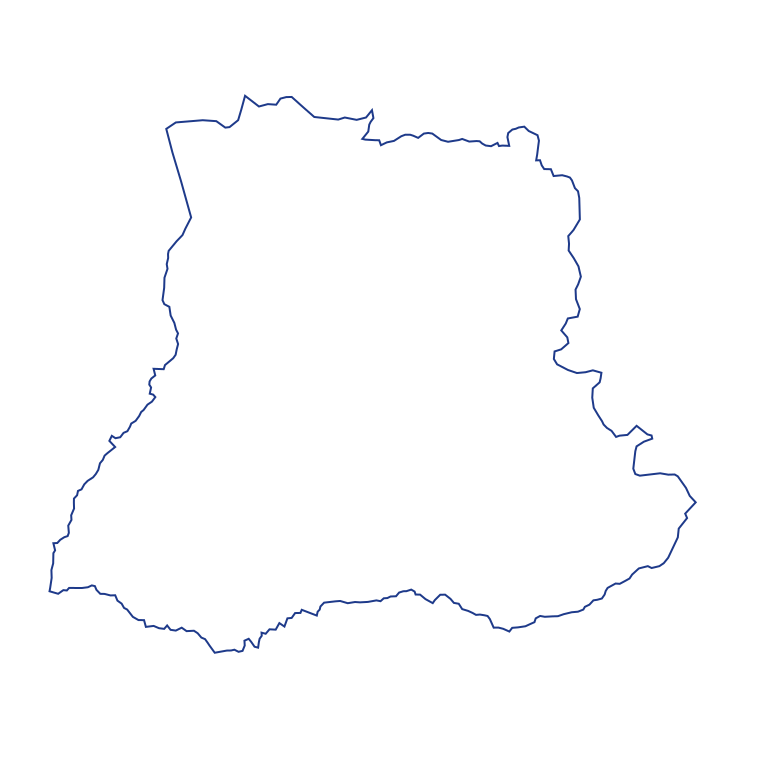 Sertânia, Pernambuco, Brazil, rotated 4°
{"feature_id": "56859067B10888923782063", "entity_name": "Sertânia", "entity_type": "district", "adm_level": 2, "iso_a3": "BRA", "parent_name": "Brazil", "parent_adm1": "Pernambuco", "projection": "mercator", "projection_center": [-37.338, -8.2], "detail": "fine", "context": "isolated", "style": "outline", "palette": "blue", "viewbox_px": 768, "rotation_deg": 4, "n_neighbors": 0, "source": "geoboundaries", "source_scale": "gbopen_adm2", "svg_char_len": 4527}
<svg xmlns="http://www.w3.org/2000/svg" viewBox="0 0 768 768"><g transform="rotate(4 384 384)"><path d="M352.9,111.7L347.5,119.4L338.3,122.4L326.3,120.9L319.9,123.4L295.8,122.5L284.4,113.8L280.0,110.4L271.9,104.1L266.5,104.6L260.8,106.5L257.0,112.9L248.6,112.9L239.9,115.9L225.3,106.2L222.5,120.2L220.1,131.0L212.0,138.5L207.8,139.3L198.4,133.5L184.8,133.5L158.1,137.6L149.0,144.7L156.8,167.8L167.4,195.9L180.0,231.3L175.0,242.9L172.6,249.5L167.1,256.1L159.9,266.2L159.5,269.4L159.9,273.4L158.9,279.6L160.0,284.2L157.6,293.3L158.0,303.4L157.2,315.8L159.3,319.7L164.5,322.0L166.4,330.6L170.6,337.7L172.8,344.3L175.0,347.9L173.6,353.1L175.8,358.5L174.8,363.9L174.1,369.4L171.9,373.0L164.2,380.4L163.2,384.6L153.1,384.9L155.2,391.4L151.5,394.8L150.0,397.8L149.9,401.0L151.9,403.7L151.0,410.0L154.5,410.7L156.8,413.0L153.7,417.8L149.5,421.1L146.0,426.7L143.7,428.9L142.0,433.0L138.8,438.1L134.6,441.1L133.6,444.3L131.3,449.0L127.6,450.9L124.6,455.5L119.9,456.8L116.1,454.7L114.0,459.9L120.2,465.6L112.9,472.3L110.3,474.9L108.8,479.3L106.2,482.9L105.0,489.6L102.8,493.9L100.3,497.4L95.1,501.3L92.0,505.0L89.6,510.2L86.2,512.0L85.6,516.4L82.7,519.9L82.9,523.9L83.5,529.9L81.1,536.8L81.7,541.4L78.9,547.3L80.0,554.5L79.0,557.8L75.8,559.1L71.9,562.0L69.2,565.4L65.3,565.9L67.5,572.9L66.0,575.8L66.5,586.0L65.2,592.8L66.0,600.6L65.2,610.7L64.8,614.1L73.6,616.0L78.5,612.0L82.0,612.1L84.1,609.4L96.8,608.6L102.8,607.4L106.6,605.3L109.7,605.8L111.5,609.4L115.6,613.1L119.9,612.9L125.9,614.0L130.6,613.5L133.2,618.7L137.6,621.4L140.3,625.5L143.5,626.9L149.7,633.8L155.5,636.6L161.1,636.3L163.4,642.9L171.1,641.4L176.6,643.3L181.8,643.6L184.5,640.0L188.2,644.1L193.5,644.5L199.2,641.2L204.3,644.3L211.6,643.4L215.5,645.6L219.5,649.7L223.3,651.0L226.2,654.5L228.2,657.1L233.9,663.9L245.7,660.9L250.0,660.5L253.3,659.5L257.6,661.3L261.5,660.1L263.3,654.6L262.7,649.8L266.8,647.6L269.5,650.5L273.2,655.1L276.8,655.8L277.2,650.2L277.7,646.8L279.6,643.7L279.2,640.6L283.4,641.4L286.9,636.7L293.1,636.6L296.3,629.8L301.6,632.9L304.0,624.5L308.2,623.8L311.3,618.7L316.6,618.2L317.7,615.0L333.1,619.7L333.7,615.8L335.6,613.5L336.1,610.4L339.5,606.3L350.7,604.2L355.4,603.5L363.1,605.2L370.3,603.5L375.3,603.5L383.2,602.5L391.5,600.4L395.7,600.9L398.7,597.8L402.3,597.3L405.4,595.5L410.8,594.9L413.6,591.0L417.7,589.4L420.8,589.1L425.5,587.2L429.0,588.9L430.2,591.8L434.7,591.6L440.4,595.7L443.4,597.1L447.9,599.2L449.8,596.0L454.8,590.3L459.7,589.9L465.3,593.7L469.0,597.5L473.9,598.0L477.7,603.1L483.8,604.5L488.3,606.2L491.9,607.9L495.8,607.3L500.3,607.7L503.5,608.2L506.0,611.1L510.4,619.4L515.1,619.0L520.0,619.9L526.3,622.2L528.9,618.3L534.8,617.4L542.0,615.8L546.9,613.1L550.7,611.1L551.7,607.2L555.9,604.5L560.7,605.0L568.6,604.0L573.7,603.5L579.3,601.1L587.2,598.6L593.4,597.6L598.6,595.1L599.9,592.3L604.3,589.8L608.0,585.2L611.7,584.4L616.3,582.8L618.8,578.6L619.6,575.0L621.3,571.8L628.9,566.9L633.1,566.9L638.2,563.7L642.5,560.9L644.8,556.8L651.1,550.2L659.9,547.3L663.8,548.9L671.4,546.5L675.6,543.2L679.6,537.5L687.8,516.5L688.1,507.7L695.7,496.6L693.5,492.3L703.2,480.3L696.8,474.3L692.5,466.6L683.5,455.6L680.3,454.0L673.9,454.6L665.7,453.8L645.6,457.6L641.0,456.3L638.6,451.1L639.4,433.5L640.3,428.6L647.3,423.4L655.4,419.8L654.5,416.7L650.3,415.9L638.9,408.1L630.4,417.8L622.6,419.1L619.2,420.6L616.8,417.8L614.3,414.9L609.5,412.3L605.9,409.1L604.1,405.9L599.9,400.3L594.9,393.1L592.7,383.1L592.6,373.8L599.0,367.3L599.7,363.1L600.1,357.6L591.4,355.8L584.2,358.2L575.7,359.6L566.6,357.2L555.3,352.3L551.7,347.2L551.9,339.6L558.3,337.1L565.1,330.3L563.6,324.7L557.1,318.2L561.1,311.0L562.8,305.8L572.5,303.3L574.1,295.6L569.6,286.0L568.5,276.4L570.7,271.1L572.9,263.2L571.0,257.1L569.8,253.1L564.5,245.2L558.9,238.0L558.8,231.2L557.5,223.6L562.3,217.2L567.9,206.2L566.7,193.9L565.8,184.8L564.1,178.2L560.8,175.3L557.3,167.8L555.1,165.1L552.1,164.2L547.2,163.3L538.7,164.7L535.5,158.1L528.8,158.4L526.1,154.9L524.0,149.9L520.2,150.3L520.8,144.4L521.3,135.2L521.6,130.5L519.8,125.1L510.7,121.5L506.0,117.5L500.5,118.7L497.7,120.2L494.3,121.2L490.4,125.0L489.9,129.1L492.3,137.7L485.4,137.9L482.1,138.6L480.4,135.6L474.2,139.3L468.8,139.0L465.2,137.3L462.5,135.2L459.3,135.2L452.1,136.2L444.9,134.1L441.7,135.4L431.0,137.9L424.0,136.6L414.7,130.8L410.6,130.5L406.3,131.4L400.9,136.1L395.9,134.3L392.7,133.5L387.7,133.9L384.0,135.6L377.0,140.8L369.9,142.8L364.3,146.0L362.2,141.2L358.0,141.4L348.3,141.5L345.3,141.0L350.7,133.3L351.2,126.3L352.4,123.4L354.9,119.5L352.9,111.7Z" fill="none" stroke="#1e3a8a" stroke-width="2"/></g></svg>